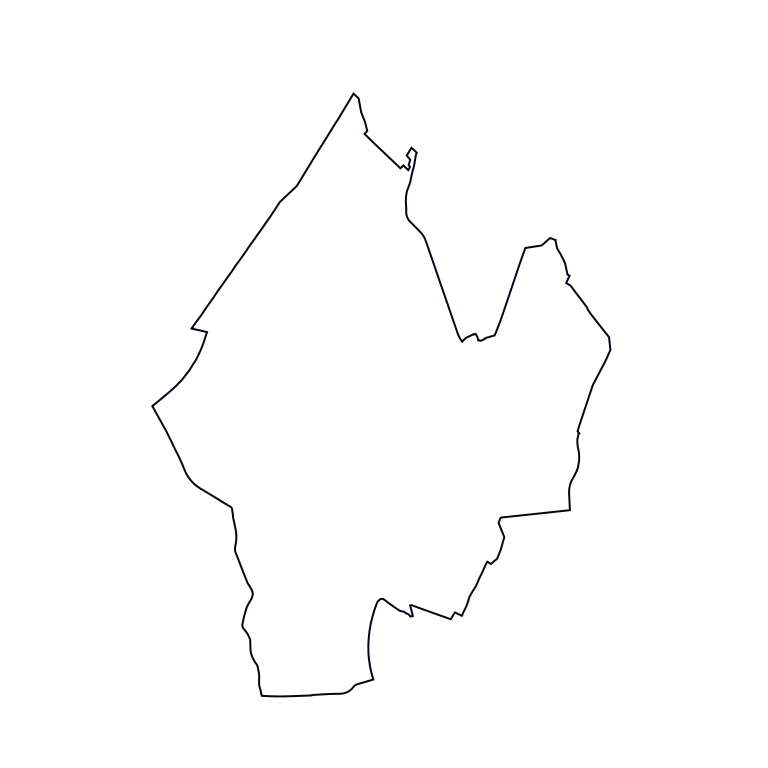 outline of Leiden, Zuid-Holland, Netherlands, rotated 165°
{"feature_id": "6326949B91980754405751", "entity_name": "Leiden", "entity_type": "district", "adm_level": 2, "iso_a3": "NLD", "parent_name": "Netherlands", "parent_adm1": "Zuid-Holland", "projection": "orthographic", "projection_center": [4.488, 52.152], "detail": "fine", "context": "isolated", "style": "outline", "palette": "ink", "viewbox_px": 768, "rotation_deg": 165, "n_neighbors": 0, "source": "geoboundaries", "source_scale": "gbopen_adm2", "svg_char_len": 6072}
<svg xmlns="http://www.w3.org/2000/svg" viewBox="0 0 768 768"><g transform="rotate(165 384 384)"><path d="M163.2,350.0L156.5,358.3L155.6,364.0L154.5,371.0L158.9,381.1L166.0,397.8L167.9,402.9L168.1,405.4L169.3,408.4L171.9,414.9L175.4,423.3L176.9,427.2L177.8,429.4L178.4,430.8L180.5,433.0L181.8,434.4L180.8,435.8L176.7,440.5L178.4,442.2L177.9,453.8L178.6,458.0L179.9,464.0L181.7,470.2L181.2,478.3L181.0,478.6L182.6,479.8L185.8,482.0L195.9,477.0L212.3,478.8L215.3,474.4L220.7,466.6L245.1,429.9L250.6,421.7L256.2,413.5L262.6,404.8L264.6,402.3L274.3,402.1L275.0,401.3L276.5,401.2L278.8,400.7L279.8,400.8L280.4,401.1L280.9,401.8L281.6,401.7L281.6,405.0L281.8,406.0L282.3,407.6L282.6,408.7L284.3,408.5L284.4,409.0L293.3,407.2L293.5,407.1L297.5,404.6L297.8,405.2L298.2,406.5L298.7,408.2L299.1,409.8L299.4,411.5L299.7,413.3L299.8,414.5L306.3,507.2L306.6,510.9L306.8,513.2L307.0,514.4L307.4,516.0L307.9,517.8L308.6,519.5L309.5,521.2L310.6,523.2L314.8,530.6L316.6,533.7L317.1,534.7L317.6,535.6L317.9,536.5L318.3,538.4L318.5,539.8L318.5,540.3L318.5,540.8L318.4,541.8L318.4,542.4L318.1,544.1L317.7,545.7L317.0,548.0L316.6,550.3L316.4,551.1L316.3,551.7L315.8,554.1L315.0,556.7L314.6,558.2L314.2,559.3L313.9,560.1L312.7,562.7L311.5,565.1L310.4,566.4L309.0,568.5L307.7,570.3L306.0,573.0L303.4,578.3L302.0,580.9L301.2,582.4L300.4,583.7L299.4,585.3L298.3,587.4L296.8,590.7L295.6,593.2L294.8,595.2L294.4,596.0L293.6,597.4L292.8,598.6L292.5,598.9L296.3,605.1L302.9,598.8L300.6,593.9L302.1,591.4L303.5,589.1L302.8,587.0L304.1,585.3L305.2,584.3L308.7,590.1L312.3,588.1L323.2,605.9L330.6,618.0L338.1,630.6L334.7,632.8L334.5,641.7L335.7,652.3L334.6,666.4L338.3,672.4L359.4,652.0L362.9,648.9L369.1,643.1L381.9,631.0L383.2,629.9L392.1,621.6L398.2,615.7L411.7,602.8L416.7,598.1L419.4,596.5L437.6,586.7L446.3,578.8L450.1,575.5L459.1,568.0L459.0,567.9L461.9,565.5L465.3,562.7L467.8,560.8L471.3,557.7L473.7,555.8L477.5,552.7L480.2,550.4L481.8,548.9L488.3,543.5L495.7,537.5L496.0,537.3L496.6,536.9L497.0,536.6L497.3,536.4L497.9,535.6L498.6,535.0L502.6,531.5L504.4,530.1L507.1,527.9L512.0,523.8L520.3,517.0L524.1,513.6L526.0,511.9L532.1,506.9L537.2,502.6L539.3,500.8L540.7,499.5L541.8,498.5L544.6,496.3L549.7,492.2L555.2,487.7L554.5,487.4L555.0,487.0L548.1,483.5L541.5,479.9L543.0,477.7L544.4,475.5L548.2,469.7L549.6,467.8L550.3,466.8L553.6,462.6L555.3,460.6L558.8,456.6L561.9,453.6L563.2,452.6L565.4,450.4L567.7,448.3L570.1,446.3L570.3,446.3L572.3,444.7L574.0,443.4L575.4,442.3L577.9,440.5L579.1,439.7L581.6,438.2L584.8,436.3L588.5,434.3L593.3,431.9L597.3,430.0L612.3,423.1L612.6,423.1L612.6,422.9L613.5,422.5L612.9,420.6L612.0,416.6L611.0,412.8L610.2,409.2L609.1,405.3L608.1,401.0L607.5,398.5L606.8,396.1L606.0,392.3L605.3,388.8L604.8,386.1L604.1,382.9L603.5,379.4L602.5,374.0L601.7,370.4L600.7,365.1L600.3,362.8L599.5,357.8L599.4,356.7L599.1,354.1L598.3,349.1L598.1,348.1L597.8,347.2L597.2,345.1L596.8,344.1L596.1,342.2L595.2,340.2L594.2,338.3L593.6,337.2L592.4,335.3L591.0,333.5L590.2,332.6L588.4,330.5L581.7,323.6L576.4,318.1L569.6,310.8L565.7,306.8L564.8,305.9L564.0,305.1L563.7,304.7L563.5,304.3L563.3,303.9L563.2,303.5L563.1,302.9L563.1,302.3L563.4,300.8L563.7,297.4L564.0,295.8L564.3,294.2L564.4,293.0L564.5,289.7L565.0,281.4L565.2,279.5L565.4,278.3L565.7,276.5L566.1,274.8L566.4,273.7L567.3,271.0L568.3,268.7L568.7,267.7L569.6,265.8L570.2,264.5L570.7,263.0L571.1,260.8L570.9,258.9L570.5,256.0L569.3,244.5L569.1,242.7L568.8,239.9L567.3,227.0L566.0,223.0L564.8,218.3L565.1,215.1L565.7,213.6L566.7,212.2L567.0,211.7L567.7,210.8L569.7,208.8L573.3,205.2L573.5,204.9L574.4,203.8L576.1,201.1L578.5,197.1L578.9,196.4L579.4,195.5L582.1,190.3L582.6,189.2L582.8,188.8L583.1,188.3L583.3,187.8L583.5,187.0L583.5,186.7L583.4,185.8L583.4,185.5L583.4,185.2L583.3,184.9L583.2,184.6L582.7,183.4L581.0,179.5L580.3,177.3L579.8,174.3L579.4,171.9L579.4,171.6L580.1,169.1L580.2,168.4L580.3,167.6L580.8,166.0L581.1,164.7L581.8,161.4L582.0,160.0L582.0,159.6L582.1,158.8L582.1,157.5L582.0,155.4L581.9,154.8L581.3,151.8L581.1,150.8L580.8,149.4L580.5,148.4L579.4,145.6L579.3,144.8L579.2,142.5L579.2,142.2L579.3,141.0L579.5,139.4L579.6,137.8L579.6,137.2L579.7,136.5L579.9,135.8L580.1,134.7L580.3,133.4L580.5,132.9L580.6,132.5L580.9,131.6L582.2,127.0L582.5,125.3L582.6,124.8L582.5,120.4L582.5,119.4L582.6,118.5L582.8,117.7L582.8,117.3L582.8,115.7L582.7,114.4L576.5,112.4L568.5,110.0L560.9,108.0L553.3,106.2L534.5,101.9L534.2,102.2L533.5,102.1L530.4,101.5L516.1,98.5L507.6,96.4L504.8,95.8L502.2,95.6L499.8,95.8L498.3,96.1L496.7,96.6L495.1,97.3L493.9,97.9L491.3,99.8L489.9,100.5L488.1,100.9L470.8,101.3L470.8,102.7L470.9,105.4L470.8,110.6L470.5,116.1L470.4,116.1L469.9,120.8L469.4,124.2L468.7,128.0L467.6,132.3L466.8,135.5L466.2,137.3L465.5,139.6L464.6,142.2L463.2,146.0L461.8,149.5L458.5,156.6L456.6,160.0L455.0,162.9L452.7,166.6L451.4,168.6L450.5,170.0L449.6,171.3L446.5,175.5L442.9,177.2L442.5,177.0L441.2,176.8L440.4,176.6L439.3,175.3L436.5,171.6L431.6,165.6L428.4,161.9L427.9,161.3L427.2,160.7L426.1,160.0L424.2,159.2L423.6,158.8L423.2,158.4L423.0,158.2L422.6,157.6L422.4,157.1L422.2,156.8L420.6,155.9L420.3,155.6L419.9,155.1L418.5,152.5L418.4,152.5L416.2,152.4L416.0,163.3L414.6,163.3L408.6,159.0L404.3,156.0L388.8,145.3L388.7,145.3L380.5,139.5L374.6,145.0L368.9,140.0L368.8,139.9L368.7,139.9L366.6,142.8L365.6,143.9L363.9,145.8L362.3,147.6L361.7,148.4L360.8,149.7L358.6,153.0L357.4,155.0L357.0,155.7L356.4,156.4L355.7,157.2L354.3,158.6L352.7,160.2L350.6,162.1L349.5,163.1L347.1,165.5L346.5,166.2L342.0,171.9L338.3,176.1L331.4,184.5L330.1,185.5L327.4,182.5L320.0,185.9L314.3,193.5L307.4,205.0L309.3,220.1L307.1,223.4L307.0,223.6L305.5,224.7L237.1,214.0L234.9,224.0L233.7,229.8L233.2,231.7L232.6,233.6L231.9,235.4L231.0,237.3L230.1,239.0L228.8,240.8L227.4,242.5L223.1,246.9L220.5,250.0L219.3,251.6L218.2,253.2L217.4,255.0L215.7,258.7L215.0,260.6L214.0,264.5L213.6,266.5L213.3,268.7L213.1,273.2L212.4,277.4L211.9,279.3L211.2,281.2L210.3,282.9L208.9,285.4L209.0,285.6L208.1,286.0L208.6,286.9L209.2,288.3L205.8,293.8L204.0,296.5L182.6,328.9L165.7,347.2L163.2,350.0Z" fill="none" stroke="#020617" stroke-width="2"/></g></svg>